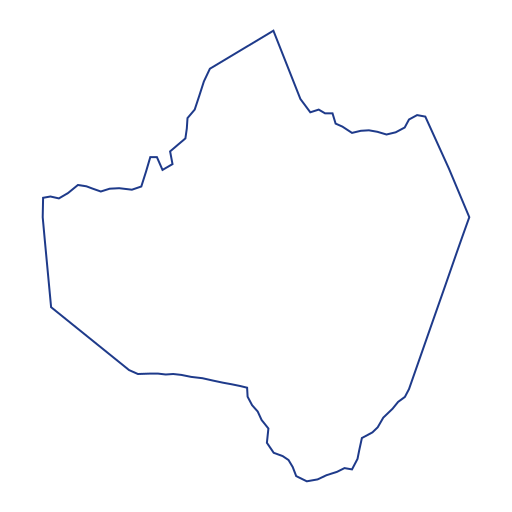 outline of Nazarezinho, Paraíba, Brazil
{"feature_id": "56859067B95822708783593", "entity_name": "Nazarezinho", "entity_type": "district", "adm_level": 2, "iso_a3": "BRA", "parent_name": "Brazil", "parent_adm1": "Paraíba", "projection": "equal_earth", "projection_center": [-38.331, -6.95], "detail": "fine", "context": "isolated", "style": "outline", "palette": "blue", "viewbox_px": 512, "rotation_deg": 0, "n_neighbors": 0, "source": "geoboundaries", "source_scale": "gbopen_adm2", "svg_char_len": 1252}
<svg xmlns="http://www.w3.org/2000/svg" viewBox="0 0 512 512"><path d="M409.0,389.1L431.7,324.2L445.0,286.3L457.1,251.5L462.6,235.9L469.3,217.2L449.0,168.8L425.3,116.6L417.1,115.1L409.0,119.5L404.7,127.5L395.7,132.3L386.5,134.5L377.4,131.8L368.9,130.3L360.8,130.8L352.0,132.9L342.4,126.6L335.6,123.6L332.5,113.3L325.0,113.3L318.7,109.6L310.3,112.3L300.4,99.0L273.4,30.7L209.9,68.7L203.9,81.4L199.3,95.7L194.7,109.6L187.5,118.1L186.8,128.6L185.4,138.4L178.2,144.5L170.1,151.4L172.5,164.1L162.5,169.9L156.9,157.1L150.3,157.1L146.0,171.7L141.3,186.5L131.9,189.7L119.2,188.2L109.7,188.7L100.8,191.5L92.8,188.7L86.4,186.3L77.9,185.0L68.1,193.0L58.9,198.4L50.4,196.5L43.1,197.8L42.7,217.2L44.8,240.2L51.1,307.2L129.1,370.1L137.9,374.0L150.1,373.6L158.0,373.6L165.7,374.5L173.2,374.0L181.3,374.9L191.2,376.9L202.4,378.2L213.1,380.6L223.0,382.7L231.8,384.3L240.1,386.0L247.1,387.7L247.6,396.7L252.1,405.2L257.7,411.5L261.6,420.0L268.4,428.5L266.9,442.8L273.7,452.8L282.7,456.1L288.5,460.0L292.7,467.0L296.2,476.1L306.8,481.3L317.6,479.4L326.5,475.2L337.1,471.8L344.5,468.1L352.0,469.4L357.5,458.9L359.2,450.4L361.9,438.0L372.4,432.4L377.7,427.3L383.3,417.6L392.5,408.8L398.1,401.9L404.9,396.9L409.0,389.1Z" fill="none" stroke="#1e3a8a" stroke-width="2"/></svg>